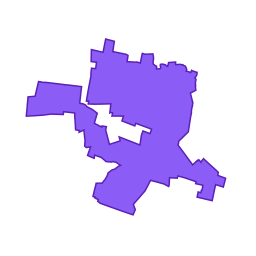 Tixpéhual, Yucatán, Mexico (Natural Earth projection), rotated 7°
{"feature_id": "50627088B94701207387922", "entity_name": "Tixpéhual", "entity_type": "district", "adm_level": 2, "iso_a3": "MEX", "parent_name": "Mexico", "parent_adm1": "Yucatán", "projection": "natural_earth1", "projection_center": [-89.468, 20.961], "detail": "fine", "context": "isolated", "style": "filled", "palette": "violet", "viewbox_px": 256, "rotation_deg": 7, "n_neighbors": 0, "source": "geoboundaries", "source_scale": "gbopen_adm2", "svg_char_len": 4212}
<svg xmlns="http://www.w3.org/2000/svg" viewBox="0 0 256 256"><g transform="rotate(7 128 128)"><path d="M175.5,181.1L175.8,179.8L175.3,172.3L183.0,171.8L183.4,169.5L190.7,170.6L202.2,173.0L201.9,175.0L207.3,175.5L209.3,175.8L209.2,178.1L209.0,180.7L208.4,180.8L208.2,183.3L205.4,182.9L205.0,188.2L211.5,188.9L220.4,189.9L220.9,184.2L221.5,177.2L221.9,173.5L229.8,175.0L231.0,166.0L222.9,164.1L223.0,161.0L220.9,159.4L207.8,150.1L206.7,149.2L204.4,152.9L204.4,153.0L202.2,150.9L201.3,152.0L200.9,151.6L196.7,156.7L190.7,150.4L184.3,143.6L179.7,138.8L180.1,137.2L179.9,136.6L180.0,134.9L181.0,133.6L183.2,131.0L183.2,130.9L183.3,130.8L188.3,124.5L188.4,121.9L188.8,108.9L189.2,105.3L188.9,104.7L188.9,100.9L189.3,97.9L189.2,96.8L189.2,96.4L189.3,94.8L189.1,94.7L185.8,86.0L185.7,85.7L190.8,82.2L190.4,81.1L190.3,80.8L190.1,79.5L189.9,78.7L189.7,78.4L190.0,77.6L189.4,75.4L189.4,75.0L189.5,73.9L189.4,73.3L189.6,71.5L189.0,70.8L188.2,70.1L188.6,69.7L189.7,67.4L189.9,66.2L189.8,65.8L189.8,65.3L189.8,64.3L189.0,64.3L187.8,64.0L187.7,64.0L187.5,63.9L187.2,63.8L186.4,63.7L186.2,63.6L185.3,63.5L184.6,63.2L184.1,63.0L183.4,65.4L182.5,65.0L181.7,64.9L179.4,64.5L178.9,64.6L178.8,64.4L179.2,62.8L177.8,60.1L176.9,59.4L176.2,59.3L175.8,59.2L174.6,58.4L174.3,58.5L173.9,58.8L172.4,58.4L167.5,59.3L167.2,56.7L160.3,58.1L160.1,59.9L160.2,60.3L159.8,61.2L159.8,62.0L158.9,61.8L158.2,61.5L157.8,60.8L157.5,60.7L155.9,60.5L155.6,60.5L155.0,60.3L153.9,60.5L152.4,60.9L152.4,62.1L152.4,62.4L153.0,63.3L153.0,64.6L152.0,65.5L149.0,65.8L149.1,64.8L148.8,63.2L147.7,62.8L147.3,62.7L146.4,62.1L145.4,61.5L145.0,60.5L144.8,58.4L145.0,56.7L144.8,55.9L144.8,55.5L144.7,54.9L144.5,54.1L144.5,53.8L143.7,51.4L137.8,52.4L136.2,52.7L133.1,52.2L132.9,54.4L132.6,58.0L132.3,62.0L128.9,61.4L128.8,61.6L119.0,62.3L119.2,56.0L117.2,55.1L103.6,54.0L103.9,43.6L95.0,42.4L94.2,53.2L94.0,55.9L82.1,54.6L83.3,66.6L88.7,66.6L88.7,69.2L88.7,73.0L84.5,73.1L84.5,76.3L84.6,79.2L84.9,80.0L84.9,81.0L84.1,92.2L83.6,101.5L83.4,106.4L84.1,106.4L85.7,106.1L85.6,108.7L85.6,109.0L92.1,108.4L97.2,107.7L108.0,106.1L108.1,112.3L108.1,115.2L108.5,114.9L109.0,114.8L109.3,114.8L109.8,114.8L110.3,114.8L110.6,114.7L110.8,114.8L110.9,115.1L110.8,116.0L110.7,116.2L110.7,117.5L110.6,118.1L116.2,117.4L122.1,116.8L121.1,121.7L134.5,125.1L135.1,122.4L151.5,126.3L150.6,130.9L143.2,129.1L142.6,131.7L142.2,133.4L141.9,143.4L120.3,137.9L121.8,141.7L111.6,146.5L106.1,132.8L106.1,132.5L106.4,129.3L102.0,129.1L101.8,130.3L94.0,127.4L95.7,117.1L90.3,113.9L90.2,113.9L85.5,112.2L84.5,111.8L84.1,111.4L83.7,111.0L83.3,110.6L82.8,110.2L80.8,109.6L80.2,109.4L77.6,109.4L77.3,109.3L77.1,109.2L77.0,105.8L77.0,102.5L77.0,101.9L76.9,98.7L76.9,95.7L76.9,92.6L74.4,92.6L71.4,92.6L69.6,92.6L68.2,92.6L66.9,92.6L65.2,92.6L63.6,92.6L62.0,92.7L60.4,92.7L58.8,92.7L57.9,92.7L56.0,92.7L54.1,92.7L51.1,92.7L48.3,92.7L45.6,92.7L42.9,92.7L40.1,92.8L39.9,92.8L39.9,93.0L37.6,93.0L35.1,93.0L35.2,92.8L33.6,92.8L33.4,94.2L31.9,107.8L25.0,109.3L25.0,110.6L25.1,111.6L25.2,117.1L25.2,117.3L25.2,117.5L25.4,120.2L25.5,124.2L25.5,126.0L25.6,126.8L25.6,128.6L33.8,127.2L41.5,125.7L43.2,125.3L49.9,123.6L62.1,122.5L62.2,119.7L73.2,119.6L73.5,121.2L73.7,122.9L73.9,123.9L74.1,124.4L74.1,125.0L74.6,127.3L74.8,128.4L75.0,129.7L75.3,131.2L75.4,131.5L75.5,131.7L75.5,132.2L75.5,132.5L75.7,133.0L75.7,133.8L76.2,136.2L76.4,136.2L76.9,136.2L77.7,136.3L80.0,136.5L80.0,138.2L83.0,136.3L84.5,135.4L85.5,140.0L86.0,142.1L86.9,145.7L87.2,151.3L89.0,152.5L93.2,151.3L92.2,155.6L91.2,160.2L95.8,161.6L98.1,162.2L98.2,159.0L105.1,160.5L109.2,163.2L110.2,164.0L115.9,163.8L116.9,163.2L120.1,163.5L120.3,163.5L125.1,166.0L123.7,166.7L120.9,169.4L119.6,170.6L118.4,171.1L117.4,171.4L113.7,175.0L113.3,177.5L111.8,181.3L109.0,185.9L103.1,186.7L103.0,188.3L102.7,190.7L102.3,193.5L101.6,200.2L103.6,200.5L103.4,201.3L105.1,201.7L105.0,202.0L107.2,202.6L106.9,204.5L107.7,205.0L108.6,205.5L109.5,206.1L111.5,206.5L111.9,206.6L114.8,207.3L117.8,208.0L118.9,208.2L120.5,208.6L133.6,211.5L143.6,213.6L145.2,208.1L142.6,203.2L145.5,198.8L147.3,196.3L147.3,196.2L148.1,195.0L151.6,189.8L151.7,189.7L152.7,188.1L156.8,177.2L166.1,178.5L170.6,179.2L175.5,181.1Z" fill="#8b5cf6" stroke="#5b21b6" stroke-width="1.5"/></g></svg>